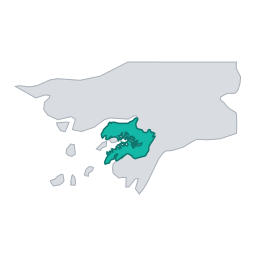 where Quinara sits in Guinea-Bissau
{"feature_id": "GNB-773", "entity_name": "Quinara", "entity_type": "Region", "adm_level": 1, "iso_a3": "GNB", "parent_name": "Guinea-Bissau", "parent_adm1": "", "projection": "albers", "projection_center": [-15.226, 11.637], "detail": "fine", "context": "in_parent", "style": "filled", "palette": "teal", "viewbox_px": 256, "rotation_deg": 0, "n_neighbors": 0, "source": "natural_earth", "source_scale": "10m", "svg_char_len": 6371}
<svg xmlns="http://www.w3.org/2000/svg" viewBox="0 0 256 256"><path d="M15.4,86.4L19.4,85.7L29.5,86.9L37.3,85.5L42.8,83.1L50.3,79.8L57.5,78.7L80.1,80.3L99.7,76.3L114.3,68.9L127.8,62.0L145.2,62.0L163.9,62.1L190.5,62.1L211.6,62.1L236.4,62.1L236.2,68.3L240.6,76.9L240.0,83.4L238.2,89.5L236.5,92.0L234.3,93.4L227.7,93.4L224.9,94.6L220.4,97.0L220.3,99.8L223.9,102.5L226.8,106.3L230.2,109.2L236.0,112.6L236.6,116.3L236.8,125.9L236.5,133.3L220.2,138.8L207.6,139.8L197.0,139.3L192.3,141.6L183.1,147.2L171.8,150.6L166.0,150.9L163.2,152.9L158.8,158.7L146.5,184.0L142.5,190.1L139.2,194.0L135.4,188.7L138.3,178.7L135.2,178.9L128.9,186.9L125.8,187.1L126.2,177.6L122.8,177.3L118.7,178.0L113.1,173.0L112.6,169.3L113.0,164.1L116.4,160.8L116.0,159.4L112.7,159.0L109.0,159.9L106.7,158.3L110.4,151.6L123.6,146.0L130.2,145.4L137.0,144.1L133.3,139.3L125.2,137.4L118.8,138.7L115.6,142.2L111.6,142.8L105.0,134.5L105.2,130.4L107.6,125.5L111.5,123.3L126.7,123.4L132.5,120.6L134.8,120.1L137.0,117.6L136.5,115.9L134.1,115.8L128.4,119.1L110.0,117.9L104.2,119.8L94.0,127.3L81.5,131.5L72.4,129.7L75.3,119.6L74.0,118.2L71.1,116.6L57.8,119.7L47.7,115.1L43.7,109.5L44.4,102.5L49.2,97.8L50.0,95.4L45.0,95.0L35.7,97.9L15.4,86.4ZM59.4,184.9L53.4,186.0L50.7,182.2L50.3,180.8L53.4,179.5L54.8,179.4L57.2,176.7L60.1,174.9L61.4,174.3L62.9,174.4L64.0,180.5L62.5,183.0L59.4,184.9ZM75.3,154.1L71.8,156.4L68.2,155.3L66.2,153.2L66.5,149.4L70.6,144.0L74.3,144.7L75.3,154.1ZM69.1,122.5L65.2,131.7L60.4,130.7L57.1,125.2L56.7,122.8L66.4,122.1L69.1,122.5ZM88.4,173.1L88.4,176.2L85.2,175.6L84.3,174.7L86.2,169.1L89.0,166.6L92.4,167.0L93.4,167.7L92.7,169.9L91.2,171.7L88.4,173.1ZM101.2,148.7L100.5,150.5L96.3,149.0L102.5,142.6L106.5,141.5L106.3,146.4L103.2,147.4L101.2,148.7ZM75.6,183.2L74.9,185.3L70.6,184.9L71.6,182.8L70.6,182.2L71.9,175.8L72.6,174.8L74.7,177.2L75.0,178.2L75.6,183.2Z" fill="#d9dde1" stroke="#a8b0b8" stroke-width="1"/><path d="M110.6,137.8L110.7,136.8L108.2,139.2L107.0,139.8L105.6,138.9L106.0,138.2L106.0,136.6L106.1,135.7L105.1,135.7L104.5,136.0L104.1,136.4L103.6,136.8L103.6,137.1L103.0,137.7L102.4,138.1L102.0,137.6L101.8,136.3L101.4,135.1L101.4,133.8L102.7,131.8L103.4,130.1L103.9,129.3L106.7,126.5L107.5,125.9L107.9,125.7L108.1,125.5L108.2,124.6L108.4,123.8L108.8,123.2L109.8,122.3L110.2,122.3L110.4,122.8L110.6,123.0L110.9,123.1L111.2,123.3L111.5,122.6L111.9,122.4L112.3,122.4L112.8,122.3L114.5,122.3L117.5,123.1L119.1,123.4L128.3,123.4L128.7,123.1L129.9,122.0L130.3,121.7L132.3,121.2L133.5,120.1L134.5,118.9L135.7,118.1L137.4,118.1L137.7,119.3L137.2,120.8L136.4,122.0L135.9,123.4L135.9,125.3L136.4,127.2L137.2,128.5L138.6,129.1L140.5,129.5L142.2,130.0L142.9,131.4L143.7,132.2L145.4,132.6L147.1,132.3L147.9,131.1L148.2,130.1L148.7,129.7L149.5,129.6L150.2,129.9L150.4,130.4L150.6,131.0L151.0,131.7L151.2,132.4L151.5,132.6L151.9,132.4L152.2,132.3L152.5,132.3L154.4,133.1L154.7,133.5L154.4,134.1L152.5,136.3L152.7,136.7L155.0,136.4L153.2,139.7L149.9,144.7L148.9,146.9L148.8,147.3L148.7,148.3L148.8,149.7L148.7,150.1L148.6,150.6L148.5,150.9L148.3,151.2L148.1,151.5L147.8,151.9L147.3,152.4L146.5,154.2L145.7,155.5L145.2,155.8L144.6,156.1L141.7,156.8L141.3,156.9L140.6,157.2L140.2,157.3L138.4,157.6L135.7,158.6L135.2,158.6L134.6,158.5L133.8,158.0L133.3,157.7L133.0,157.4L131.8,155.9L131.6,155.7L131.3,155.6L130.7,155.3L129.5,154.4L128.1,153.7L127.8,153.6L126.4,154.0L122.7,157.1L122.1,157.6L122.4,156.6L118.3,160.0L116.8,160.8L115.7,160.1L115.5,159.2L115.8,156.9L116.3,156.1L117.1,155.2L117.7,154.4L117.3,154.0L116.1,154.3L115.1,155.3L114.5,156.6L114.2,157.9L113.8,158.8L112.7,159.3L111.5,159.7L110.6,160.2L109.9,161.4L109.6,162.5L108.9,163.1L107.4,163.4L106.4,163.7L105.6,164.1L105.0,163.9L104.6,162.3L104.9,161.5L106.0,158.8L106.4,158.2L106.6,157.6L108.7,154.5L107.4,154.5L106.9,154.0L106.9,153.1L107.1,152.0L107.7,152.3L108.4,152.4L109.1,152.1L109.7,151.4L109.8,151.9L110.2,153.0L110.5,152.0L111.1,151.1L111.7,150.9L112.2,152.0L112.8,152.0L112.7,151.2L112.5,150.5L112.2,149.9L111.7,149.3L112.1,149.3L112.1,149.2L112.2,148.8L112.9,149.1L113.7,149.3L114.8,149.3L116.0,149.6L116.4,149.4L115.8,148.3L116.1,147.7L116.3,146.7L116.8,146.7L117.4,147.6L118.5,147.4L119.3,147.4L119.4,148.8L120.8,148.3L120.8,147.3L119.9,146.1L118.8,145.2L118.5,145.4L118.2,145.5L117.4,145.7L117.4,145.2L119.0,144.6L119.7,144.2L120.4,143.6L121.0,144.5L121.9,145.6L123.1,146.2L124.5,145.7L123.6,145.6L123.5,145.0L123.7,144.3L123.5,143.6L122.9,143.3L122.3,143.3L121.7,143.1L121.5,142.1L122.3,142.3L123.9,142.7L124.5,143.1L125.5,142.5L125.4,143.0L125.2,144.1L125.0,144.6L126.8,145.9L127.4,145.8L128.1,144.6L127.7,143.9L126.7,142.7L126.5,142.3L126.7,141.8L127.3,141.2L127.9,140.7L128.5,140.5L129.2,141.0L130.0,141.3L130.9,141.5L131.3,141.8L131.6,142.4L131.7,143.3L131.7,144.1L133.1,143.6L132.9,143.3L132.8,142.8L132.6,142.5L133.7,142.6L134.5,143.0L135.1,143.7L135.7,144.6L132.7,145.2L131.7,145.2L132.0,145.6L132.2,145.9L132.4,146.1L133.1,146.2L132.8,147.4L133.2,148.1L133.8,148.0L134.5,146.0L135.4,145.9L136.3,146.1L136.7,146.0L139.1,145.8L139.7,145.7L140.6,145.3L141.2,144.8L141.6,144.1L141.8,143.0L140.9,143.4L140.2,143.7L139.4,144.0L137.0,144.3L136.4,144.1L136.2,143.3L136.3,143.0L136.7,142.7L137.2,142.6L137.7,142.5L137.5,141.8L137.4,141.4L137.7,140.5L136.9,140.3L136.2,140.7L135.8,141.5L135.7,142.5L134.7,141.4L134.0,141.0L133.1,141.0L133.1,140.5L133.6,140.2L134.7,138.9L134.7,138.4L134.2,137.4L133.6,137.4L132.6,139.9L131.7,140.2L130.6,139.5L129.6,139.4L130.4,138.3L131.4,137.7L132.3,137.1L132.6,135.7L132.0,136.4L131.3,136.8L130.6,136.8L130.0,136.3L129.6,136.3L129.5,137.1L129.3,137.5L128.8,137.8L128.1,137.9L128.3,139.0L127.7,139.3L127.0,138.9L126.5,137.9L125.4,139.5L124.8,139.1L125.2,137.8L127.0,136.8L126.3,136.4L126.1,135.7L126.1,135.0L126.5,134.2L127.0,134.2L127.3,134.4L127.6,134.5L128.5,134.7L128.2,133.7L127.5,133.0L126.0,132.2L125.5,132.2L125.3,133.4L124.8,134.4L124.4,135.4L124.5,136.8L123.7,137.1L123.1,138.1L122.4,138.4L122.0,138.1L122.2,137.4L122.9,136.3L122.1,135.9L121.9,135.0L122.4,132.7L121.7,133.1L121.2,133.8L121.0,134.6L120.9,135.5L120.6,135.6L119.1,135.5L118.4,135.7L119.4,136.3L119.4,136.8L120.2,137.4L121.1,138.0L121.5,138.6L121.2,139.7L120.5,139.9L119.8,139.6L119.4,138.9L119.0,139.5L118.7,140.1L118.5,140.8L118.4,141.5L117.8,138.6L117.3,137.5L117.0,137.7L116.1,137.2L114.8,136.9L114.4,136.9L113.3,137.0L110.8,137.6L110.6,137.8L110.6,137.8Z" fill="#14b8a6" stroke="#0f766e" stroke-width="1.5"/></svg>